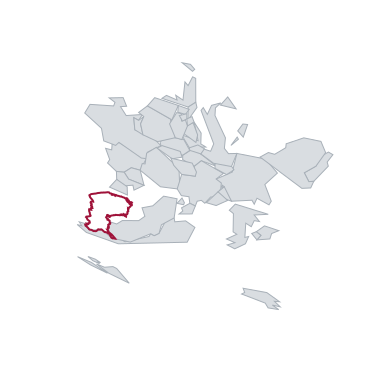 Finland on a map of Europe (Equal Earth projection), rotated 208°
{"feature_id": "FIN", "entity_name": "Finland", "entity_type": "country or territory", "adm_level": 0, "iso_a3": "FIN", "parent_name": "Europe", "parent_adm1": "", "projection": "equal_earth", "projection_center": [24.864, 64.94], "detail": "fine", "context": "in_parent", "style": "outline", "palette": "rose", "viewbox_px": 384, "rotation_deg": 208, "n_neighbors": 37, "source": "natural_earth", "source_scale": "50m", "svg_char_len": 12679}
<svg xmlns="http://www.w3.org/2000/svg" viewBox="0 0 384 384"><g transform="rotate(208 192 192)"><path d="M204.6,82.0L227.1,81.2L242.6,83.6L233.9,84.5L226.8,89.0L222.6,89.1L204.6,82.0ZM277.6,112.7L268.2,114.6L269.7,111.9L264.8,110.4L253.6,116.3L240.4,113.5L235.0,117.2L227.8,116.6L209.1,132.5L208.8,135.8L204.9,135.7L201.7,140.0L201.7,154.4L195.6,160.7L193.2,157.6L184.1,163.5L172.8,162.1L172.7,145.4L232.7,111.7L266.3,106.7L278.1,109.4L273.4,110.4L277.6,112.7ZM262.7,81.2L247.7,82.6L228.5,80.6L247.4,80.0L262.7,81.2ZM253.6,86.2L245.8,87.3L239.6,86.7L242.1,86.0L240.0,85.3L247.2,84.8L253.6,86.2Z" fill="#d9dde1" stroke="#a8b0b8" stroke-width="1"/><path d="M152.8,202.4L176.8,214.8L165.8,228.5L170.5,247.1L142.6,255.6L125.5,248.8L131.2,232.8L117.7,221.1L118.0,216.8L131.7,217.0L131.3,210.4L135.2,212.9L152.8,202.4ZM175.8,260.4L179.5,251.4L177.9,261.7L175.8,260.4Z" fill="#d9dde1" stroke="#a8b0b8" stroke-width="1"/><path d="M195.6,160.7L203.6,148.7L201.7,140.0L204.9,135.7L208.8,135.8L223.0,118.8L238.0,114.5L249.0,119.1L250.3,127.2L243.5,128.4L240.1,134.1L225.6,141.7L222.2,148.4L228.7,154.6L220.1,161.4L215.1,175.0L202.0,179.0L195.6,160.7Z" fill="#d9dde1" stroke="#a8b0b8" stroke-width="1"/><path d="M268.4,174.7L280.2,178.0L279.9,182.0L288.8,190.0L282.7,191.5L285.1,197.0L279.8,201.5L248.0,200.0L248.0,186.9L257.0,184.9L261.2,177.6L268.4,174.7Z" fill="#d9dde1" stroke="#a8b0b8" stroke-width="1"/><path d="M302.1,235.0L309.3,236.2L297.1,243.0L290.0,237.0L295.2,233.8L286.0,228.6L272.1,237.2L272.8,230.2L278.3,230.3L271.7,220.1L254.1,222.4L241.2,218.3L249.8,206.6L248.0,200.0L252.7,198.2L279.8,201.5L281.3,197.3L293.9,195.7L301.8,205.7L323.8,211.4L323.2,221.5L301.6,231.2L302.1,235.0Z" fill="#d9dde1" stroke="#a8b0b8" stroke-width="1"/><path d="M248.0,186.9L249.3,193.7L246.6,194.8L250.3,205.0L244.4,214.8L214.5,206.6L206.0,192.1L206.5,187.8L222.3,181.8L248.0,186.9Z" fill="#d9dde1" stroke="#a8b0b8" stroke-width="1"/><path d="M217.5,220.1L212.5,228.8L206.0,230.3L182.1,226.2L198.4,224.0L202.1,215.7L215.4,216.2L217.5,220.1Z" fill="#d9dde1" stroke="#a8b0b8" stroke-width="1"/><path d="M241.2,218.3L244.0,221.6L236.0,231.0L223.8,234.4L213.5,227.7L217.5,220.1L241.2,218.3Z" fill="#d9dde1" stroke="#a8b0b8" stroke-width="1"/><path d="M262.2,219.5L271.7,220.1L278.3,230.3L272.8,230.2L270.0,236.0L269.4,228.0L262.2,219.5Z" fill="#d9dde1" stroke="#a8b0b8" stroke-width="1"/><path d="M270.0,236.0L276.5,237.2L271.8,247.1L244.9,246.3L232.2,232.1L246.1,220.3L262.2,219.5L269.4,228.0L270.0,236.0Z" fill="#d9dde1" stroke="#a8b0b8" stroke-width="1"/><path d="M261.2,177.6L257.0,184.9L248.0,186.9L237.5,175.4L254.0,173.6L261.2,177.6Z" fill="#d9dde1" stroke="#a8b0b8" stroke-width="1"/><path d="M264.4,167.8L268.4,174.7L261.2,177.6L254.0,173.6L237.5,175.4L244.1,166.4L247.4,170.3L255.3,165.2L264.4,167.8Z" fill="#d9dde1" stroke="#a8b0b8" stroke-width="1"/><path d="M267.1,157.6L264.4,167.8L251.7,166.2L247.6,159.0L267.1,157.6Z" fill="#d9dde1" stroke="#a8b0b8" stroke-width="1"/><path d="M206.5,187.8L209.4,202.7L196.5,207.5L202.1,215.7L198.4,224.0L173.0,223.1L176.8,214.8L170.3,213.7L168.1,208.3L169.1,198.4L173.2,196.3L175.4,188.1L179.8,189.0L183.1,186.3L182.5,181.2L188.6,181.0L192.5,186.4L199.7,183.8L206.5,187.8Z" fill="#d9dde1" stroke="#a8b0b8" stroke-width="1"/><path d="M243.5,243.8L244.9,246.3L271.8,247.1L269.2,257.8L244.7,262.0L243.5,243.8Z" fill="#d9dde1" stroke="#a8b0b8" stroke-width="1"/><path d="M261.3,301.5L253.3,304.0L247.2,301.6L248.2,298.8L261.3,301.5ZM235.3,265.2L262.5,260.6L259.9,265.3L248.4,266.2L251.8,269.8L243.1,268.9L249.9,285.9L245.4,284.1L245.5,294.0L242.1,294.1L230.8,273.0L235.3,265.2Z" fill="#d9dde1" stroke="#a8b0b8" stroke-width="1"/><path d="M235.3,265.2L230.8,273.0L227.3,269.0L229.3,253.4L235.3,265.2Z" fill="#d9dde1" stroke="#a8b0b8" stroke-width="1"/><path d="M215.1,229.8L228.1,237.6L210.7,240.2L223.1,254.8L211.6,248.3L206.8,238.6L200.9,238.2L215.1,229.8Z" fill="#d9dde1" stroke="#a8b0b8" stroke-width="1"/><path d="M182.9,223.7L185.9,230.0L171.0,234.3L165.4,231.3L169.6,223.6L182.9,223.7Z" fill="#d9dde1" stroke="#a8b0b8" stroke-width="1"/><path d="M166.9,208.5L168.3,212.2L166.0,211.8L166.9,208.5Z" fill="#d9dde1" stroke="#a8b0b8" stroke-width="1"/><path d="M169.1,204.4L166.0,211.8L152.8,202.4L164.2,200.6L169.1,204.4Z" fill="#d9dde1" stroke="#a8b0b8" stroke-width="1"/><path d="M174.3,189.3L169.1,204.4L156.6,201.3L164.3,191.4L174.3,189.3Z" fill="#d9dde1" stroke="#a8b0b8" stroke-width="1"/><path d="M89.5,258.6L93.7,256.0L101.9,261.7L94.7,273.0L95.5,283.1L90.3,291.3L85.1,291.1L86.7,281.9L83.8,278.8L89.5,258.6Z" fill="#d9dde1" stroke="#a8b0b8" stroke-width="1"/><path d="M92.5,289.5L94.7,273.0L101.9,261.7L93.7,256.0L89.5,258.6L89.1,251.3L96.7,246.8L148.3,254.8L143.1,262.7L136.7,264.1L130.0,275.1L131.5,278.8L118.7,292.3L101.9,297.2L92.5,289.5Z" fill="#d9dde1" stroke="#a8b0b8" stroke-width="1"/><path d="M116.6,187.1L112.1,196.1L97.2,198.6L102.2,192.7L101.2,187.1L112.2,180.2L110.8,186.1L116.6,187.1Z" fill="#d9dde1" stroke="#a8b0b8" stroke-width="1"/><path d="M186.5,227.5L202.1,229.8L202.4,235.4L194.7,236.7L195.4,244.7L222.3,268.3L221.7,271.8L214.9,267.7L215.4,277.7L208.4,284.2L210.8,277.3L207.6,270.3L187.9,255.5L183.9,245.7L177.8,243.0L170.5,247.1L169.1,233.0L186.5,227.5ZM192.1,286.1L207.7,282.1L205.1,292.7L192.1,286.1ZM172.5,264.5L180.3,267.4L179.0,275.9L174.6,277.7L172.5,264.5Z" fill="#d9dde1" stroke="#a8b0b8" stroke-width="1"/><path d="M188.6,181.0L182.5,181.2L181.6,172.7L193.1,166.5L191.2,170.9L193.8,173.1L188.6,181.0ZM199.9,175.0L198.0,182.0L193.7,179.0L193.4,176.8L199.9,175.0Z" fill="#d9dde1" stroke="#a8b0b8" stroke-width="1"/><path d="M116.6,187.1L110.8,186.1L112.2,180.2L119.8,183.4L116.6,187.1ZM129.9,189.7L124.0,176.7L121.1,179.3L120.5,171.4L127.6,161.9L136.1,161.8L130.3,167.4L139.5,166.7L132.6,175.7L137.0,176.1L145.3,192.4L150.5,193.4L148.1,201.6L114.2,208.1L126.3,200.9L118.6,197.6L123.6,195.9L123.4,189.2L129.9,189.7Z" fill="#d9dde1" stroke="#a8b0b8" stroke-width="1"/><path d="M100.3,125.2L98.3,128.0L101.7,131.0L78.7,138.3L63.1,136.2L67.9,134.2L60.2,132.0L68.0,129.9L60.2,128.9L70.4,125.4L75.2,128.3L100.3,125.2Z" fill="#d9dde1" stroke="#a8b0b8" stroke-width="1"/><path d="M202.1,229.8L213.5,227.7L215.1,229.8L208.9,236.3L201.3,236.0L202.1,229.8Z" fill="#d9dde1" stroke="#a8b0b8" stroke-width="1"/><path d="M243.4,214.4L240.2,218.9L221.4,222.3L217.1,218.1L225.1,212.0L243.4,214.4Z" fill="#d9dde1" stroke="#a8b0b8" stroke-width="1"/><path d="M209.4,202.7L220.7,207.0L226.5,212.0L205.4,217.6L197.4,211.7L196.5,207.5L209.4,202.7Z" fill="#d9dde1" stroke="#a8b0b8" stroke-width="1"/><path d="M223.6,253.7L213.8,245.0L211.8,237.6L227.9,239.9L228.1,247.9L223.6,253.7Z" fill="#d9dde1" stroke="#a8b0b8" stroke-width="1"/><path d="M242.0,255.8L244.7,262.0L233.3,263.6L234.2,257.5L242.0,255.8Z" fill="#d9dde1" stroke="#a8b0b8" stroke-width="1"/><path d="M225.6,233.5L232.2,232.1L243.8,241.6L242.8,254.9L238.1,256.2L234.6,249.8L231.8,252.7L227.0,248.2L225.6,233.5Z" fill="#d9dde1" stroke="#a8b0b8" stroke-width="1"/><path d="M230.9,254.1L227.4,258.6L223.1,254.8L227.0,248.2L230.9,254.1Z" fill="#d9dde1" stroke="#a8b0b8" stroke-width="1"/><path d="M233.3,258.7L230.9,254.1L233.7,250.1L239.1,253.5L233.3,258.7Z" fill="#d9dde1" stroke="#a8b0b8" stroke-width="1"/><path d="M251.3,128.0L250.9,127.2L250.6,126.9L250.3,126.5L249.7,126.4L249.5,126.1L249.5,125.9L249.4,125.6L249.4,125.3L249.5,125.1L249.8,125.0L250.2,124.7L250.3,124.2L250.5,123.9L250.6,123.7L250.2,123.2L249.8,122.9L249.4,122.7L249.3,122.4L249.2,122.2L249.3,122.0L249.4,121.8L249.8,121.7L249.7,121.2L249.4,121.1L248.7,121.1L248.7,120.8L248.9,120.5L249.0,120.4L248.8,120.1L248.8,119.7L248.8,119.4L249.3,119.1L248.7,118.8L248.3,118.5L248.1,118.3L247.6,118.3L247.3,117.8L246.4,117.4L246.1,117.3L244.5,117.0L243.9,116.9L243.1,116.8L242.5,116.6L242.1,116.4L241.7,116.3L241.1,116.1L240.9,116.0L240.3,115.7L240.0,115.6L239.0,115.3L239.0,115.1L237.9,114.7L238.1,114.6L239.0,114.6L239.6,114.7L239.8,114.7L239.6,114.2L239.9,113.9L240.4,113.8L241.2,113.8L241.7,113.8L241.8,113.8L242.5,114.3L243.1,114.7L243.5,114.9L244.3,115.5L244.6,115.8L244.7,116.0L245.0,116.0L247.2,116.2L247.5,116.3L248.2,116.3L248.7,116.2L249.6,116.0L250.2,115.6L250.8,115.7L252.0,116.0L253.4,116.3L253.8,116.4L254.3,116.5L254.9,116.3L255.2,115.8L255.5,115.6L255.9,115.4L256.4,115.4L256.8,115.3L257.0,115.2L257.4,114.9L257.5,114.6L257.4,114.0L257.5,113.8L257.8,113.5L258.2,112.6L258.4,112.4L258.6,112.2L258.9,112.1L259.5,111.9L260.3,111.4L260.5,111.3L261.1,111.3L261.8,111.3L262.5,111.4L262.9,111.4L263.4,111.2L264.3,110.9L264.9,110.8L265.4,110.8L266.0,111.2L266.9,111.5L267.4,111.7L268.9,112.1L270.2,112.3L271.0,113.1L270.6,113.4L270.4,113.5L269.8,113.8L269.2,114.2L269.1,114.4L269.4,114.7L269.6,114.8L268.1,115.2L267.6,115.3L268.7,115.4L268.8,115.4L268.9,115.5L269.0,115.6L268.9,115.8L267.9,116.7L267.8,116.9L268.2,117.4L268.7,118.1L271.3,118.6L272.0,119.1L273.1,119.9L273.8,120.1L273.7,120.7L272.9,121.2L272.3,121.6L271.6,122.1L271.0,122.6L270.5,123.1L270.4,123.2L270.4,123.4L270.5,123.6L271.3,124.2L272.0,124.9L272.3,125.3L272.5,125.7L272.9,126.0L273.4,126.4L273.8,126.8L274.0,127.1L274.6,128.1L274.7,128.4L274.7,128.6L274.4,128.6L273.8,128.6L273.2,128.8L273.6,129.0L273.2,129.5L273.2,130.1L272.9,130.4L272.8,130.5L273.6,130.6L273.7,130.9L273.7,131.1L273.3,131.2L272.9,131.4L272.8,131.5L273.0,131.9L273.3,132.2L273.6,132.4L274.8,132.6L275.0,132.9L275.0,133.1L274.5,133.5L274.7,134.0L275.0,134.4L276.1,134.7L276.5,134.9L276.6,135.1L276.7,135.4L276.7,135.7L276.7,135.9L276.3,136.2L275.5,136.9L274.7,137.1L274.9,137.4L276.4,138.3L278.7,139.2L279.6,139.6L279.9,139.9L280.2,140.3L280.7,140.5L281.0,140.8L281.1,141.1L280.7,141.6L280.5,142.0L280.2,142.6L279.8,143.0L278.8,143.7L277.4,144.7L277.0,145.0L276.3,145.4L275.2,146.4L274.9,146.7L273.9,147.4L273.4,147.7L273.1,147.9L272.1,148.7L270.1,149.8L269.8,150.1L268.7,150.6L266.2,152.3L265.7,152.5L265.1,152.6L264.9,152.7L263.9,152.3L263.2,152.4L262.7,152.7L261.8,152.7L261.3,152.8L261.0,152.9L260.9,152.7L261.1,152.3L261.3,152.0L261.3,151.9L261.1,151.9L260.8,152.3L260.7,152.7L260.3,152.9L259.6,153.0L258.9,152.6L258.6,152.6L258.8,152.9L258.9,153.1L258.9,153.3L258.6,153.3L258.1,153.4L257.8,153.7L257.6,153.7L257.4,153.3L256.9,153.5L256.5,153.7L255.7,153.8L255.3,154.0L254.4,154.2L254.0,154.2L253.0,154.4L252.6,154.8L252.3,154.9L251.9,154.8L250.6,154.9L249.3,155.2L248.7,155.1L248.2,155.0L247.6,155.3L247.0,155.8L246.3,155.9L246.1,155.8L246.3,155.6L246.7,155.4L247.1,155.1L247.1,154.9L246.9,154.8L246.6,154.7L246.3,154.5L245.9,153.9L245.7,153.9L245.6,154.1L245.5,154.5L245.4,154.6L245.0,154.8L244.8,154.8L244.0,154.8L243.9,154.6L244.1,154.3L244.0,154.2L244.3,154.0L244.5,154.0L244.6,153.9L244.6,153.7L244.3,153.7L244.5,153.2L244.3,153.1L243.2,153.0L241.9,152.5L241.6,152.5L241.4,152.1L241.0,152.1L240.6,152.4L240.2,152.2L239.8,152.0L239.7,151.8L239.7,151.6L239.7,151.2L239.6,150.8L239.6,150.2L239.7,149.8L240.0,149.5L240.1,149.3L240.2,148.7L240.3,148.1L240.2,147.9L240.2,147.7L240.5,147.7L240.4,147.6L240.2,147.4L240.3,147.3L240.6,147.3L240.7,147.2L240.5,146.9L240.4,146.7L240.1,146.2L239.8,145.7L239.3,145.3L239.5,144.7L239.7,144.2L239.6,143.7L239.0,143.3L238.9,142.8L238.8,142.3L238.8,142.0L238.9,141.8L239.2,141.6L240.3,140.8L240.3,140.4L241.0,140.4L240.7,140.1L240.7,139.9L240.6,139.6L241.7,139.5L242.1,139.6L243.0,139.5L243.8,139.1L243.7,138.8L243.5,138.6L243.9,138.5L243.8,138.4L244.1,138.3L244.6,137.9L244.7,137.6L245.6,137.4L246.6,136.8L247.1,136.6L247.6,136.5L248.6,135.8L249.0,135.8L249.2,135.4L250.0,134.8L250.3,134.8L250.7,134.3L251.7,133.7L252.4,132.9L252.7,132.7L252.8,132.4L253.2,132.4L253.6,132.2L254.4,132.0L255.1,132.1L255.4,132.2L255.7,132.1L255.7,131.9L255.5,131.7L256.1,131.5L256.0,131.2L255.9,131.1L255.6,130.9L255.8,130.5L255.8,130.0L256.0,129.4L255.5,129.1L254.0,128.6L253.7,128.7L253.3,128.6L252.9,128.2L253.1,127.9L252.8,127.9L252.2,128.1L251.6,128.0L251.3,128.0ZM242.9,153.2L243.4,153.3L243.6,153.2L243.9,153.5L243.4,153.6L243.4,153.9L243.6,154.0L243.2,154.2L242.9,153.8L242.7,153.7L242.6,153.4L242.7,153.2L242.9,153.2ZM254.0,131.6L253.4,131.7L252.9,131.6L252.9,131.3L253.2,131.2L253.7,131.2L254.5,131.3L254.2,131.4L254.0,131.6ZM239.3,139.5L239.6,139.5L239.9,139.4L240.1,139.4L240.1,139.7L239.9,139.6L239.7,139.8L239.0,139.7L238.8,139.3L239.4,139.3L239.3,139.5ZM239.9,152.4L239.8,152.6L239.5,152.6L239.2,152.6L239.0,152.4L238.9,152.0L239.0,151.9L239.3,152.0L239.9,152.4ZM242.1,153.3L241.8,153.3L241.4,153.1L241.5,152.9L241.4,152.8L241.4,152.7L241.8,152.8L241.9,153.0L242.1,153.2L242.1,153.3ZM241.4,154.3L241.0,154.5L240.8,154.4L240.9,154.1L241.1,154.0L241.6,154.0L241.4,154.3ZM240.6,154.4L240.2,154.5L240.0,154.4L240.1,154.2L240.3,154.1L240.6,154.1L240.6,154.3L240.6,154.4Z" fill="none" stroke="#9f1239" stroke-width="2"/></g></svg>